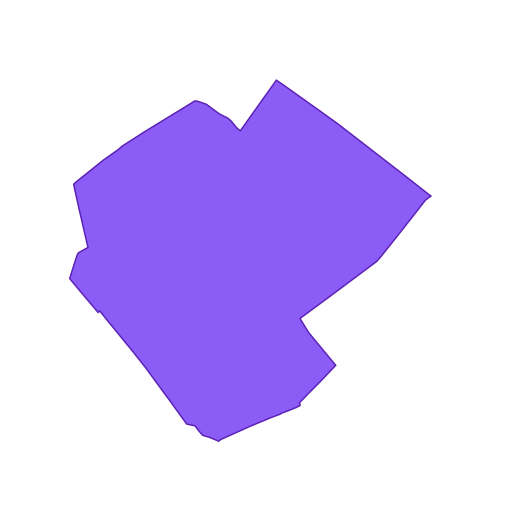 outline of Calinesti, Teleorman, Romania, rotated 163°
{"feature_id": "2599482B33881241213491", "entity_name": "Calinesti", "entity_type": "district", "adm_level": 2, "iso_a3": "ROU", "parent_name": "Romania", "parent_adm1": "Teleorman", "projection": "mercator", "projection_center": [25.227, 44.113], "detail": "fine", "context": "isolated", "style": "filled", "palette": "violet", "viewbox_px": 512, "rotation_deg": 163, "n_neighbors": 0, "source": "geoboundaries", "source_scale": "gbopen_adm2", "svg_char_len": 1256}
<svg xmlns="http://www.w3.org/2000/svg" viewBox="0 0 512 512"><g transform="rotate(163 256 256)"><path d="M269.1,422.2L271.3,421.6L326.3,407.4L351.6,400.3L357.1,397.9L373.5,392.5L407.7,378.9L409.4,377.9L410.0,371.2L411.4,353.4L411.6,351.0L412.0,344.6L414.2,313.3L423.6,311.3L424.7,311.0L426.0,310.1L426.6,309.3L427.2,308.6L429.8,304.9L435.3,296.9L440.8,288.9L432.9,270.1L423.5,248.2L421.4,249.0L416.5,236.6L402.2,201.8L394.3,181.6L383.5,150.6L381.5,145.1L371.7,116.4L371.2,115.4L367.6,113.4L364.1,111.5L363.3,109.5L362.8,108.0L362.4,107.0L361.4,104.5L360.7,102.9L360.2,101.8L359.9,101.0L359.7,100.7L359.4,100.3L358.7,99.6L358.0,99.1L356.0,97.8L355.0,97.2L353.9,96.5L352.4,95.3L345.8,89.8L343.5,90.8L311.0,94.9L290.0,97.0L279.0,97.7L278.2,98.1L266.0,99.0L261.5,99.4L257.6,100.1L257.2,103.0L246.0,109.2L230.9,117.3L211.7,128.2L213.0,131.3L218.2,143.7L222.5,154.1L226.6,163.9L227.9,167.2L228.4,168.8L230.7,177.6L232.2,183.4L192.6,197.4L142.0,215.6L137.0,218.7L110.2,237.1L77.4,260.0L73.3,261.4L71.2,262.1L74.7,267.1L89.7,288.6L139.0,358.3L151.4,374.6L177.4,408.4L178.4,409.7L185.1,418.2L205.3,402.7L234.4,380.3L236.8,383.9L240.5,392.7L242.7,396.1L249.4,402.5L259.3,415.8L266.3,420.8L269.1,422.2Z" fill="#8b5cf6" stroke="#5b21b6" stroke-width="1.5"/></g></svg>